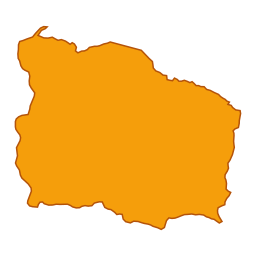 Palmital, São Paulo, Brazil (Albers equal-area conic projection), rotated 90°
{"feature_id": "56859067B2487555723980", "entity_name": "Palmital", "entity_type": "district", "adm_level": 2, "iso_a3": "BRA", "parent_name": "Brazil", "parent_adm1": "São Paulo", "projection": "albers", "projection_center": [-50.219, -22.821], "detail": "fine", "context": "isolated", "style": "filled", "palette": "amber", "viewbox_px": 256, "rotation_deg": 90, "n_neighbors": 0, "source": "geoboundaries", "source_scale": "gbopen_adm2", "svg_char_len": 2621}
<svg xmlns="http://www.w3.org/2000/svg" viewBox="0 0 256 256"><g transform="rotate(90 128 128)"><path d="M26.9,208.9L26.6,212.3L28.1,215.5L30.2,217.5L33.4,220.5L37.0,223.4L38.9,228.9L40.5,232.9L41.5,236.3L44.7,237.5L49.7,237.6L53.8,238.1L58.4,237.8L60.8,236.4L65.8,235.1L68.6,233.4L70.1,231.3L72.0,227.3L76.2,226.2L80.9,226.8L84.8,226.5L88.1,224.7L92.8,221.3L96.1,221.7L106.0,225.8L109.1,226.2L114.5,227.9L115.4,234.1L116.8,237.3L118.9,239.7L121.5,240.6L126.9,240.6L129.3,240.1L131.9,238.4L135.0,236.1L137.7,235.4L140.6,235.9L147.7,239.5L155.8,238.5L163.0,240.5L165.8,239.4L170.0,236.6L175.1,235.6L178.1,234.1L184.0,227.7L188.0,224.9L191.2,224.6L200.8,228.2L203.2,228.5L205.9,226.4L206.7,223.4L207.1,218.5L204.4,217.6L202.2,216.0L202.0,213.4L203.7,211.8L205.1,207.3L205.0,203.4L204.2,199.8L204.4,195.9L204.3,192.8L204.2,188.5L205.5,185.5L206.9,183.4L207.9,179.8L207.7,176.4L206.3,174.1L205.6,171.0L206.1,167.8L205.7,164.1L203.1,161.7L202.4,159.1L201.8,156.6L202.0,153.7L204.9,152.4L207.4,151.2L209.1,147.9L209.6,145.0L212.3,141.3L214.5,139.2L214.0,136.4L214.4,133.8L219.1,132.8L221.7,130.3L222.9,125.6L221.2,122.3L221.5,117.9L222.6,114.6L223.4,111.9L224.1,108.0L224.9,105.5L226.3,103.0L227.8,98.1L229.4,94.8L227.5,91.6L224.4,90.7L220.6,89.5L217.9,87.1L218.4,84.1L218.1,81.0L217.2,78.3L215.8,74.9L214.6,71.6L214.4,68.5L214.0,64.2L214.8,60.4L214.4,56.7L215.0,52.4L216.8,49.6L217.6,46.8L218.8,44.6L219.3,41.9L220.9,39.7L223.0,36.7L221.5,34.0L216.5,37.0L213.2,38.3L210.4,38.5L207.7,37.9L205.8,34.1L204.7,31.2L201.9,31.0L198.5,29.3L195.7,26.9L192.4,25.3L191.3,27.6L189.1,29.9L183.4,29.5L180.0,30.1L177.7,31.1L174.7,30.9L171.1,28.7L168.2,27.5L165.9,27.9L163.2,28.1L159.9,25.9L157.6,24.9L154.7,23.6L150.9,22.6L147.4,21.7L144.4,22.1L141.3,22.4L138.5,22.2L135.8,22.0L133.3,22.1L130.8,22.9L128.9,21.0L127.5,17.6L123.5,16.8L120.6,16.7L116.1,15.9L113.5,15.4L110.6,15.9L109.9,20.3L107.5,23.4L105.4,24.8L104.4,28.1L102.1,26.6L101.1,29.1L99.4,30.8L98.1,33.2L96.6,35.4L94.4,37.5L92.6,41.6L90.4,45.8L89.4,49.4L86.7,51.9L86.6,55.2L85.6,57.4L85.6,59.9L83.4,62.0L81.7,63.9L82.6,66.1L81.3,68.9L80.3,71.7L81.2,74.5L81.2,77.1L79.5,78.7L78.1,81.5L80.7,83.5L80.3,86.2L79.6,88.9L75.6,89.4L75.1,93.0L72.5,96.2L70.9,100.2L68.0,102.7L64.7,103.1L61.5,103.6L58.4,107.0L50.3,114.7L42.0,145.8L43.2,148.6L44.0,152.3L45.7,156.3L46.3,158.9L46.3,161.6L47.4,166.6L49.6,168.7L50.9,171.5L51.1,174.3L52.8,178.1L50.9,180.5L47.2,179.6L44.0,181.6L42.7,183.8L44.3,185.9L42.7,188.1L41.1,190.5L39.6,194.6L40.3,198.0L38.8,200.9L37.2,203.7L38.1,207.9L37.9,212.2L35.4,218.0L30.4,214.6L28.6,210.6L26.9,208.9Z" fill="#f59e0b" stroke="#b45309" stroke-width="1.5"/></g></svg>